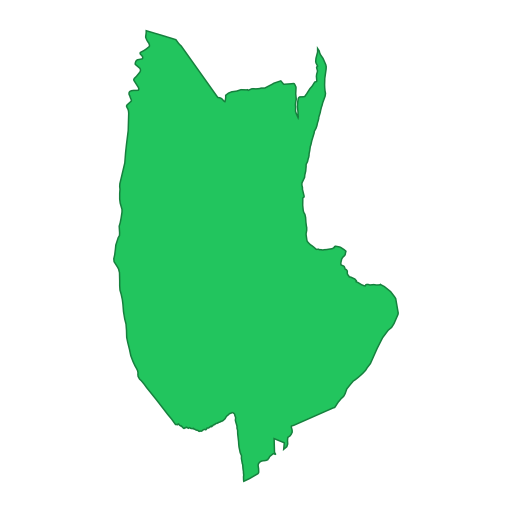 San Miguel De Sema, Boyacá, Colombia (Equal Earth projection)
{"feature_id": "7082276B37024957383314", "entity_name": "San Miguel De Sema", "entity_type": "district", "adm_level": 2, "iso_a3": "COL", "parent_name": "Colombia", "parent_adm1": "Boyacá", "projection": "equal_earth", "projection_center": [-73.733, 5.533], "detail": "fine", "context": "isolated", "style": "filled", "palette": "green", "viewbox_px": 512, "rotation_deg": 0, "n_neighbors": 0, "source": "geoboundaries", "source_scale": "gbopen_adm2", "svg_char_len": 5977}
<svg xmlns="http://www.w3.org/2000/svg" viewBox="0 0 512 512"><path d="M380.4,284.4L380.2,284.6L379.4,284.9L377.3,285.0L376.3,285.0L373.7,284.6L369.9,285.0L367.9,284.4L366.5,284.5L365.8,284.8L365.2,285.9L364.2,285.8L361.3,284.6L358.1,282.6L356.1,281.7L356.4,280.8L354.8,279.0L350.8,277.1L349.3,276.9L348.9,276.1L347.8,274.7L347.5,274.2L347.3,273.3L347.3,271.4L347.2,270.9L346.6,270.0L346.1,269.5L345.4,269.4L345.1,269.0L344.6,267.4L344.2,266.6L343.7,266.1L341.2,265.0L341.0,264.6L340.8,263.4L341.0,262.0L341.8,258.7L343.3,256.7L344.2,256.0L345.0,255.0L345.4,253.8L345.4,253.0L345.8,251.9L345.9,251.2L343.9,249.5L340.5,247.3L339.2,246.9L335.5,246.2L334.5,246.6L334.5,247.5L333.8,247.7L332.6,248.5L331.4,248.8L326.4,249.6L324.3,249.7L323.0,250.0L321.8,249.9L321.2,249.7L319.3,249.7L318.6,249.2L316.3,249.4L314.2,247.5L311.4,245.3L310.6,244.9L309.1,243.5L307.3,241.5L306.9,240.3L306.1,234.7L306.1,233.5L306.7,230.3L306.7,227.5L306.4,226.2L305.9,222.3L305.6,217.5L304.9,214.4L303.7,212.3L303.2,210.3L302.7,205.3L302.8,199.6L302.7,198.7L302.9,198.0L304.0,197.0L304.1,196.2L302.4,189.1L302.5,188.1L302.4,187.2L301.9,185.2L301.9,183.7L302.0,182.8L302.4,182.0L304.6,177.3L304.8,174.9L305.7,171.1L306.1,166.7L306.1,164.8L306.3,164.0L307.5,161.7L308.3,158.3L308.6,157.6L309.0,155.8L309.1,153.7L309.7,150.7L310.3,146.5L310.9,144.8L311.8,140.7L314.2,132.8L314.2,131.9L314.3,131.4L316.0,128.3L316.9,125.7L317.5,122.8L318.2,120.7L318.7,118.6L318.8,117.2L320.2,112.6L320.6,110.5L321.5,106.9L322.0,105.6L322.7,102.8L325.1,96.2L325.5,93.4L325.0,90.8L324.7,87.5L324.6,84.8L324.8,78.3L326.1,69.1L326.2,66.7L325.8,64.8L323.7,59.9L322.9,58.2L320.6,54.9L319.7,53.0L319.2,50.9L317.6,48.5L317.6,52.0L316.0,58.2L315.7,61.4L316.0,62.9L317.6,66.1L317.2,66.7L316.8,66.9L316.6,67.6L317.5,70.9L317.3,72.1L316.7,74.1L316.4,76.3L316.8,81.0L316.5,81.5L314.7,82.1L312.2,86.1L309.9,88.7L307.4,92.6L306.8,93.7L305.3,95.6L305.2,96.0L304.8,96.5L303.4,96.8L300.0,96.9L299.5,97.0L298.6,97.9L298.3,98.6L297.7,102.1L297.6,104.1L297.5,106.3L297.7,109.2L298.0,111.8L298.0,113.9L298.3,116.9L298.1,117.8L296.2,113.5L295.5,111.2L295.6,106.9L295.4,105.0L295.6,102.6L296.2,99.5L296.2,98.7L295.7,93.8L296.0,87.7L295.9,86.9L294.8,84.6L294.2,83.7L293.6,83.5L290.9,83.8L283.7,84.3L280.8,80.9L273.9,83.2L272.1,84.3L264.9,88.0L264.3,88.1L261.1,88.1L259.3,88.6L255.8,88.9L253.0,88.7L251.5,88.9L248.2,90.4L247.6,89.7L246.4,89.9L241.4,89.7L240.6,89.8L236.7,91.1L231.7,91.8L228.5,93.1L225.7,95.3L225.7,97.8L225.5,99.2L225.1,101.3L224.9,101.7L223.8,101.0L222.6,99.6L221.6,98.6L219.9,97.8L217.8,97.5L181.2,46.0L179.9,44.8L178.5,43.3L175.9,39.7L171.5,38.3L146.2,30.7L146.2,32.8L145.7,36.4L145.7,37.4L146.7,39.8L147.8,41.8L148.7,42.9L149.4,44.7L149.5,46.1L149.1,46.7L146.4,48.9L144.0,50.5L140.3,52.5L140.1,53.3L140.5,54.4L141.5,55.2L142.6,56.8L142.7,57.7L142.6,58.4L142.1,58.9L138.4,59.6L137.4,59.8L136.8,60.2L135.9,61.2L135.4,62.6L135.2,63.5L135.3,64.4L140.0,68.4L140.4,69.5L140.5,70.5L140.2,71.6L139.1,73.1L136.4,76.4L134.3,78.4L133.8,79.5L133.9,80.4L138.3,87.3L138.8,88.6L138.7,89.5L138.4,90.2L137.0,90.4L133.7,90.4L131.5,90.7L130.1,91.3L129.4,92.0L129.0,93.0L129.1,94.5L129.8,95.9L130.3,97.5L131.4,100.1L131.2,101.2L127.0,105.0L126.6,105.8L126.6,106.6L128.1,109.5L128.5,111.1L128.7,113.4L128.2,130.7L126.5,144.3L125.6,152.5L124.8,162.9L119.9,183.6L119.7,186.4L120.0,189.3L119.7,193.5L119.7,199.1L120.2,203.1L122.0,209.4L122.0,212.1L121.1,218.1L120.2,222.8L119.2,226.2L119.6,232.8L119.5,235.5L118.2,237.7L115.8,245.1L115.4,249.3L114.7,254.8L113.8,258.8L114.1,261.7L117.6,267.2L118.6,269.1L119.5,272.7L119.7,280.9L119.7,285.7L120.0,290.1L121.2,294.3L122.3,299.4L122.9,304.0L123.5,311.6L124.7,318.9L126.0,324.0L126.5,330.4L126.7,337.4L127.8,342.7L129.5,349.5L130.8,355.7L133.0,361.5L135.0,365.8L136.6,368.6L137.6,370.7L138.0,372.8L137.9,374.4L138.1,376.4L139.5,379.0L141.3,380.7L144.1,384.1L146.7,387.7L156.6,400.0L167.7,414.4L171.7,419.2L175.5,424.5L176.5,424.6L177.1,424.4L177.6,424.7L178.3,423.9L178.6,424.0L179.7,425.4L180.4,425.7L181.0,425.7L181.2,426.3L181.8,426.4L182.6,427.4L183.8,428.4L184.2,428.4L184.7,427.8L185.3,427.9L185.8,427.8L186.2,427.2L186.7,427.2L188.3,428.3L189.5,427.6L190.0,427.7L190.4,428.3L192.3,428.7L193.3,428.3L193.7,428.6L193.9,429.1L194.7,429.2L195.8,429.9L196.7,430.2L197.9,430.4L198.6,431.1L199.2,431.4L200.1,431.0L200.9,431.2L201.7,431.1L203.3,429.8L204.3,429.4L204.9,429.4L205.3,429.7L205.9,429.7L206.7,428.8L207.1,428.0L208.7,428.0L209.7,427.0L210.1,427.0L210.7,426.3L211.1,426.4L211.5,426.7L211.9,426.5L211.9,425.9L212.7,425.8L213.4,424.9L214.1,424.5L214.6,424.7L215.8,423.5L217.0,423.4L217.5,422.9L217.9,423.0L218.8,422.3L220.0,422.1L220.7,421.4L221.8,421.4L222.3,420.8L222.9,420.7L225.1,418.7L225.9,417.2L226.9,415.9L228.5,414.7L229.5,413.6L230.8,413.3L232.0,412.6L232.8,412.7L233.5,413.1L234.1,413.5L234.6,414.2L234.9,415.6L235.6,417.4L235.6,418.4L235.4,419.6L235.4,420.5L236.0,422.8L236.8,425.4L237.0,426.4L237.0,428.2L237.6,430.3L237.7,433.9L238.6,441.8L238.7,443.9L239.0,446.9L240.2,452.7L241.5,455.7L241.4,458.4L242.3,463.6L242.7,464.6L243.0,468.7L243.5,472.0L243.4,472.9L243.6,473.8L243.7,475.3L243.5,476.8L243.6,480.2L243.8,481.3L249.5,478.6L257.9,473.7L258.6,472.7L258.7,471.7L258.6,468.8L258.1,465.4L258.4,463.9L258.9,463.1L260.0,461.9L261.5,461.1L263.4,460.7L264.2,460.7L266.1,460.4L267.8,459.7L268.2,458.8L268.9,458.1L269.7,456.5L273.1,453.8L273.6,453.7L275.3,454.3L275.5,454.1L274.5,452.3L274.1,438.6L284.3,442.8L283.7,449.3L286.8,446.7L287.7,444.0L287.5,440.4L287.8,437.4L290.1,435.8L291.3,434.1L292.2,432.1L292.1,430.1L291.3,427.0L291.5,426.0L293.8,425.3L332.7,408.1L334.6,407.5L335.0,407.1L338.3,402.0L339.3,400.9L341.5,398.2L342.3,397.7L343.8,396.1L345.1,393.7L346.8,388.9L351.0,383.7L353.3,381.0L355.3,379.7L358.3,377.3L362.7,373.4L365.6,370.3L367.2,367.7L370.4,363.6L377.2,348.3L382.6,337.7L388.2,330.2L391.6,327.4L394.0,323.6L398.0,314.4L398.2,313.0L395.7,298.6L394.5,296.7L390.6,291.6L384.4,286.6L380.6,284.6L380.4,284.4Z" fill="#22c55e" stroke="#15803d" stroke-width="1.5"/></svg>